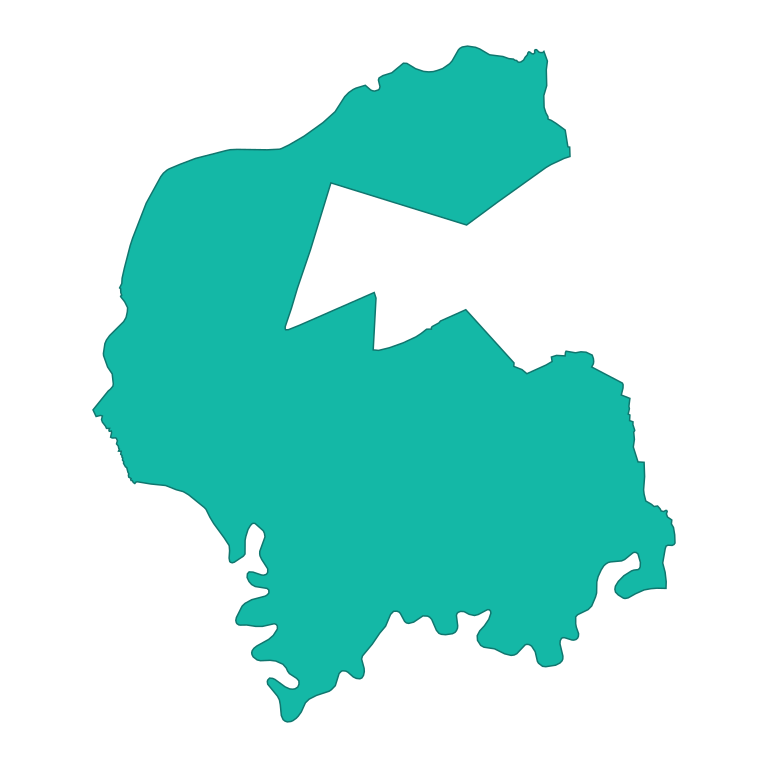 outline of Khong Chai, Kalasin, Thailand
{"feature_id": "78962969B1811381389630", "entity_name": "Khong Chai", "entity_type": "district", "adm_level": 2, "iso_a3": "THA", "parent_name": "Thailand", "parent_adm1": "Kalasin", "projection": "orthographic", "projection_center": [103.475, 16.263], "detail": "fine", "context": "isolated", "style": "filled", "palette": "teal", "viewbox_px": 768, "rotation_deg": 0, "n_neighbors": 0, "source": "geoboundaries", "source_scale": "gbopen_adm2", "svg_char_len": 6070}
<svg xmlns="http://www.w3.org/2000/svg" viewBox="0 0 768 768"><path d="M666.0,588.4L666.2,581.7L665.1,572.2L662.7,563.0L665.2,548.8L666.1,546.1L667.9,545.2L672.2,545.4L674.0,544.5L675.0,543.0L674.7,534.8L673.5,527.5L671.4,523.9L671.8,520.0L667.5,517.0L666.4,513.9L667.2,511.5L666.7,510.5L665.8,510.4L663.8,511.5L661.2,511.0L660.1,508.8L657.6,506.0L654.0,506.5L651.6,504.4L645.8,501.0L644.1,494.2L643.6,489.9L644.6,476.6L644.1,462.3L638.0,461.9L633.3,447.0L634.4,439.4L633.7,432.1L634.7,430.6L634.6,429.9L632.9,424.6L633.0,421.8L629.6,420.6L629.9,415.0L628.2,414.1L629.4,408.7L628.9,406.3L629.9,398.4L621.3,395.0L623.0,388.0L623.1,384.7L622.4,383.1L591.7,367.0L593.4,363.7L593.7,361.5L593.4,358.6L592.2,355.1L586.1,352.2L580.9,351.8L575.5,352.8L566.1,351.2L565.5,352.3L565.1,355.9L556.5,355.4L551.4,357.0L552.1,361.5L546.1,365.0L526.9,373.7L522.0,369.6L513.8,366.4L514.0,362.9L465.8,309.7L440.5,321.0L438.9,322.9L432.1,326.6L431.4,327.7L431.4,329.1L426.6,329.2L421.0,333.6L415.9,336.9L403.0,342.9L389.2,347.8L378.6,350.4L373.2,349.9L376.0,298.1L374.2,292.5L299.6,325.2L288.4,329.7L285.7,329.8L285.2,328.9L285.2,326.7L291.4,308.4L297.4,288.2L310.4,250.0L330.9,182.9L466.6,225.0L497.6,202.1L546.0,167.5L551.1,164.5L564.1,158.4L570.0,156.5L569.7,147.1L568.1,146.9L567.8,146.4L565.2,130.1L556.2,123.5L551.3,120.4L548.1,119.1L547.9,116.5L545.9,112.9L544.1,107.3L543.8,95.6L546.7,85.7L546.3,69.8L547.4,61.1L543.9,51.4L542.8,52.5L540.6,52.6L538.8,52.0L536.6,49.7L535.2,49.7L534.6,50.6L534.8,52.8L533.3,54.0L531.9,53.7L529.7,52.0L528.7,51.9L527.9,52.9L527.4,54.8L525.1,57.3L523.6,60.1L520.8,62.0L518.9,62.3L517.6,61.7L516.7,60.5L514.7,60.2L513.5,59.1L508.8,58.6L502.9,56.5L489.6,54.8L479.8,49.0L475.6,47.3L467.5,46.1L462.2,47.0L459.8,48.4L458.4,49.9L452.2,60.8L449.7,63.7L442.6,68.6L437.2,70.5L433.2,71.6L428.7,71.9L423.6,71.4L415.6,68.7L406.9,63.4L403.4,63.2L391.8,72.8L382.9,75.6L379.1,77.9L378.4,80.0L380.0,86.7L379.4,88.9L378.4,89.9L374.7,91.1L372.7,90.8L370.7,90.0L365.3,85.3L356.0,88.1L353.1,89.5L348.7,92.6L344.7,96.7L335.1,111.7L323.0,122.6L304.0,136.2L288.9,145.0L281.6,148.5L279.5,149.2L267.3,149.8L237.1,149.4L230.3,149.7L225.9,150.6L195.6,158.4L180.8,164.0L169.1,168.9L166.9,170.2L163.4,173.2L160.8,176.6L146.2,203.2L132.6,238.2L130.2,245.6L124.4,268.0L122.1,278.2L121.8,283.5L119.6,287.9L120.6,288.7L120.8,292.6L121.7,295.2L120.6,296.2L120.6,296.6L124.7,301.8L127.6,307.7L127.3,311.9L126.1,317.4L123.7,321.6L109.6,335.6L106.4,340.1L104.9,343.6L103.4,353.5L103.6,355.7L107.6,367.0L112.2,373.9L113.3,383.9L112.9,386.2L110.3,389.3L108.3,390.9L93.0,409.9L96.1,416.5L100.6,415.4L102.4,416.0L101.5,419.5L102.4,422.2L105.5,426.2L106.5,428.4L109.6,428.4L108.9,430.1L109.3,431.3L111.3,431.1L111.6,432.6L110.6,437.2L112.2,438.0L115.7,437.9L116.4,438.5L117.4,440.7L116.5,443.9L118.2,445.9L118.8,448.6L119.4,449.1L118.5,451.1L121.2,451.3L120.7,454.3L122.0,455.5L121.9,457.0L122.7,457.9L122.5,460.1L123.7,461.6L123.5,463.4L125.5,466.9L126.7,467.5L127.9,472.2L128.8,473.8L128.4,475.1L128.7,477.1L131.1,478.5L130.7,479.5L131.1,480.5L132.3,480.6L133.3,482.5L134.8,483.5L136.1,482.0L137.5,481.8L150.8,484.0L165.6,485.5L176.2,489.7L183.2,491.6L188.5,494.7L204.2,507.4L206.0,509.3L210.0,517.4L213.8,523.7L224.2,537.9L229.2,545.6L229.6,550.8L229.1,558.1L229.7,561.4L230.4,562.2L232.2,562.8L234.3,562.2L243.4,556.1L245.0,554.0L245.1,540.4L245.8,536.6L248.0,529.5L250.3,525.6L252.0,523.8L253.0,523.3L255.0,523.4L263.2,530.7L264.4,533.2L265.0,536.9L259.8,551.3L259.7,553.7L260.0,555.8L261.6,559.3L267.7,568.8L267.7,572.4L266.4,574.3L263.7,575.2L261.6,575.0L253.0,572.1L249.1,571.9L247.4,573.8L247.1,577.5L249.0,581.5L251.6,584.5L255.2,586.5L267.0,588.4L268.8,590.0L268.9,592.9L267.3,594.8L265.3,596.1L251.7,599.7L245.1,603.3L242.4,605.8L241.5,607.3L236.4,617.5L235.8,620.4L236.3,622.6L237.0,623.7L238.8,624.9L240.4,625.1L246.7,625.0L255.8,626.4L262.4,626.4L274.3,623.7L276.3,624.5L277.3,625.9L277.4,629.0L273.3,635.4L268.7,639.4L256.8,646.0L253.9,648.3L252.2,650.7L251.7,652.7L252.0,654.6L253.2,656.9L257.1,659.9L260.5,660.7L270.0,660.3L275.7,661.0L282.9,664.2L286.3,668.1L287.6,671.1L289.4,673.6L296.6,678.3L298.9,680.9L299.0,684.1L297.8,687.0L295.1,688.8L292.6,689.2L289.7,688.9L285.2,686.9L274.9,679.4L272.7,678.4L269.6,678.1L267.7,680.1L267.3,681.6L267.7,684.2L277.5,696.2L279.4,699.9L280.3,704.7L281.3,715.5L283.1,719.6L285.0,721.1L287.3,721.9L290.9,721.5L292.8,720.7L296.2,718.3L298.3,716.1L301.3,711.9L305.4,702.8L309.2,699.1L316.5,695.4L329.2,691.2L331.4,689.7L335.3,685.7L339.1,673.5L341.4,671.2L342.8,670.8L345.9,671.1L347.9,672.2L353.2,676.9L356.3,678.4L359.9,678.8L361.9,677.9L363.5,675.4L364.3,671.6L364.1,668.3L361.6,659.0L362.5,655.9L372.3,644.1L379.7,633.2L385.6,626.2L390.5,614.5L393.6,611.3L397.0,611.2L399.3,612.2L400.5,613.7L404.6,621.4L406.4,622.9L408.7,623.4L413.7,622.1L422.9,615.9L427.6,616.1L429.7,617.2L431.7,619.4L436.4,630.3L438.9,633.3L441.3,634.3L445.6,634.7L452.5,633.7L455.0,632.4L456.4,630.7L457.5,628.2L457.7,625.8L456.4,615.4L457.0,613.5L458.2,612.3L460.6,611.4L464.1,611.6L469.1,614.3L474.5,615.5L478.3,614.5L487.3,609.7L489.3,609.7L490.5,611.0L490.9,613.1L488.8,619.3L484.4,625.8L479.7,630.9L477.2,635.7L477.5,640.4L480.7,645.4L483.9,647.2L494.5,648.8L504.6,653.8L511.1,655.4L514.2,655.0L516.8,653.7L525.2,644.8L526.9,644.3L529.2,644.6L531.6,646.1L535.2,651.7L537.4,661.3L538.5,663.2L542.5,666.3L545.8,666.7L555.6,665.2L560.0,663.0L562.0,660.9L562.8,659.0L562.9,656.1L560.0,643.9L560.2,640.8L561.4,638.5L562.6,637.7L564.6,637.7L572.0,640.0L573.8,640.1L576.0,639.5L577.6,638.1L578.4,636.3L578.6,633.7L576.3,627.1L575.7,623.8L575.7,616.8L577.6,614.7L588.1,609.6L591.7,606.0L595.5,597.0L596.6,593.0L596.8,581.9L598.1,576.6L601.2,569.9L603.8,565.8L605.8,564.0L608.2,562.5L610.6,561.9L621.6,560.9L624.7,559.5L632.8,552.9L634.2,552.3L636.3,552.5L638.0,554.0L640.4,562.4L640.2,566.8L639.5,568.4L638.1,569.6L633.9,570.1L631.5,570.9L623.9,575.7L618.3,581.4L615.4,586.2L614.9,589.3L615.5,592.1L618.2,594.9L623.3,598.1L625.0,598.5L628.1,597.9L635.6,593.7L644.2,589.9L650.8,588.7L656.9,588.2L666.0,588.4Z" fill="#14b8a6" stroke="#0f766e" stroke-width="1.5"/></svg>